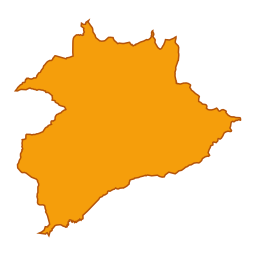 Chiconcuautla, Puebla, Mexico (orthographic projection)
{"feature_id": "50627088B56968228277870", "entity_name": "Chiconcuautla", "entity_type": "district", "adm_level": 2, "iso_a3": "MEX", "parent_name": "Mexico", "parent_adm1": "Puebla", "projection": "orthographic", "projection_center": [-97.965, 20.086], "detail": "fine", "context": "isolated", "style": "filled", "palette": "amber", "viewbox_px": 256, "rotation_deg": 0, "n_neighbors": 0, "source": "geoboundaries", "source_scale": "gbopen_adm2", "svg_char_len": 5649}
<svg xmlns="http://www.w3.org/2000/svg" viewBox="0 0 256 256"><path d="M240.6,120.0L240.4,118.2L239.9,117.7L235.8,117.5L234.0,116.9L231.9,116.9L230.3,116.5L228.1,115.1L226.2,112.9L225.8,112.2L226.2,111.5L225.9,110.9L223.7,109.8L223.1,109.6L221.6,109.9L219.7,111.2L218.6,110.7L217.4,108.8L216.6,108.1L214.0,109.3L211.6,109.9L209.5,109.9L207.9,109.5L206.4,108.2L206.9,106.8L206.7,105.6L206.0,104.8L205.3,104.5L202.5,104.1L200.8,102.5L198.7,101.4L198.7,98.9L199.3,96.4L198.4,95.5L195.4,93.5L193.2,91.4L191.4,90.1L190.5,88.3L189.8,87.6L190.0,86.6L190.5,85.8L190.5,85.0L190.0,84.5L188.1,83.4L186.4,83.0L183.6,83.1L180.1,84.1L178.6,83.7L177.5,83.7L176.4,83.4L176.6,82.3L176.1,82.0L176.2,80.8L175.8,80.0L175.0,76.1L175.1,73.0L174.9,72.4L175.8,69.5L175.7,67.3L177.5,62.3L177.6,61.3L178.3,60.6L178.8,55.2L178.7,53.6L178.4,52.6L178.7,47.4L178.5,46.8L178.2,45.9L175.8,43.4L175.3,42.6L175.3,41.1L176.0,38.1L176.0,36.8L174.5,37.6L173.9,38.2L169.5,40.0L165.5,39.6L165.0,41.6L163.6,45.0L162.7,46.2L161.7,48.2L160.5,49.1L159.8,49.1L157.8,47.5L154.9,42.5L155.2,40.0L155.0,39.4L152.9,36.6L153.8,34.7L153.6,33.2L152.8,32.0L152.8,30.7L152.1,31.2L151.6,32.4L151.5,33.0L151.9,34.5L151.4,35.2L151.3,36.8L150.2,38.4L148.8,39.5L147.6,39.8L146.6,39.6L143.6,41.1L140.7,42.0L138.9,42.9L138.0,43.5L135.7,44.3L135.7,44.8L135.4,45.0L134.7,45.0L133.1,45.9L131.9,44.5L131.4,44.9L130.3,43.7L129.7,42.4L129.4,42.3L124.0,43.5L122.3,43.5L119.2,43.1L117.7,43.6L115.1,41.1L114.5,40.8L113.5,39.1L113.1,37.6L110.4,37.3L108.5,37.4L105.3,40.4L104.2,40.9L101.7,41.2L99.7,40.8L96.0,37.8L95.4,36.5L95.1,35.2L92.9,31.8L92.7,29.1L92.4,28.0L91.2,26.2L90.6,25.6L89.0,23.1L88.1,22.3L88.8,20.3L85.9,22.4L85.9,23.2L85.4,24.3L83.1,24.4L82.2,23.6L81.5,23.2L81.2,25.6L81.2,26.2L83.9,28.3L83.6,29.2L83.8,31.0L84.3,31.9L84.2,32.4L83.2,33.6L83.1,34.0L83.5,34.8L83.0,35.2L82.4,35.4L80.2,34.7L79.5,35.3L78.2,34.7L77.3,35.0L76.4,34.9L74.2,36.8L73.4,38.3L73.0,40.6L72.9,43.1L72.8,52.5L73.1,56.0L69.4,57.4L66.7,57.9L66.1,58.8L55.6,55.8L54.8,55.9L53.3,58.0L52.9,58.3L52.7,59.2L51.8,60.2L51.3,60.5L49.6,60.5L47.4,61.7L45.6,63.7L45.2,64.4L43.7,65.9L43.0,68.2L41.5,70.0L40.3,72.3L38.8,72.9L36.9,75.5L37.1,75.8L36.2,77.6L35.9,77.9L33.5,78.0L33.3,78.4L31.3,79.1L29.3,78.7L28.0,78.1L27.6,78.6L26.6,78.4L26.2,79.4L25.6,79.5L25.2,81.4L24.9,82.2L24.3,82.5L23.2,82.4L22.8,82.6L22.4,83.0L22.1,84.1L20.4,84.9L17.7,87.6L17.1,88.7L15.4,90.8L17.6,90.9L19.5,89.9L21.1,89.4L26.1,89.7L28.9,88.3L30.1,88.0L31.2,88.7L33.0,88.9L34.1,89.4L35.7,89.5L36.3,90.1L37.4,90.1L38.2,89.6L40.0,89.6L41.0,90.0L43.0,90.2L44.6,91.0L45.5,91.1L45.6,91.9L45.9,92.4L47.3,92.5L47.9,92.3L49.5,93.4L52.3,95.8L52.1,96.6L52.5,98.2L52.1,100.1L54.4,100.5L55.0,100.8L55.2,101.9L55.6,102.4L58.2,103.7L58.9,104.9L60.3,105.6L64.5,106.8L65.9,109.4L65.7,109.7L64.2,110.1L62.0,111.6L61.3,112.5L60.4,113.1L59.2,113.3L58.5,113.9L56.7,114.6L55.5,116.3L55.2,117.1L55.0,119.8L53.3,121.0L51.8,120.9L51.2,121.3L51.0,122.3L51.0,123.5L51.5,124.3L48.1,125.6L48.0,126.4L47.6,126.8L46.5,127.1L45.3,128.0L42.9,131.7L39.4,133.2L37.7,133.8L36.8,133.8L35.1,134.5L33.2,134.5L31.9,134.9L30.3,134.4L26.6,134.3L26.1,134.7L25.9,135.7L25.8,138.7L23.9,139.5L23.0,139.4L22.1,139.8L22.5,140.6L22.0,143.2L22.3,145.4L21.9,146.6L22.5,148.1L22.7,149.0L22.0,149.6L21.8,150.0L22.1,150.8L20.5,153.9L20.5,156.3L20.8,156.7L20.8,157.3L20.4,158.6L19.4,160.2L18.6,162.9L17.5,164.6L17.7,167.9L20.9,171.7L22.1,172.6L24.5,172.5L26.2,173.1L31.5,177.2L36.1,179.0L37.6,180.5L37.5,181.3L38.7,183.9L38.6,185.6L37.9,186.9L37.9,192.7L37.4,193.3L37.1,195.3L37.4,196.0L37.0,196.4L37.0,196.8L37.7,199.1L37.5,202.8L38.3,204.3L39.9,204.9L42.8,204.8L44.0,205.2L44.8,206.0L45.1,208.2L46.0,210.8L45.6,211.9L46.6,213.6L47.6,216.0L49.4,222.8L49.6,224.5L48.2,225.7L47.6,226.9L45.3,226.7L44.2,230.0L41.5,232.1L39.1,233.1L45.6,234.0L46.4,233.0L47.2,232.7L48.9,235.7L50.1,231.5L50.7,231.5L51.0,231.3L51.1,230.8L52.0,230.5L52.2,229.4L52.0,228.9L53.3,227.9L53.4,227.4L54.1,226.9L54.8,225.8L56.3,225.1L59.9,224.7L61.2,224.9L63.1,226.1L65.2,226.7L65.5,227.1L66.0,226.9L66.7,227.1L66.8,226.6L67.2,226.4L66.9,225.4L67.3,224.8L68.2,225.1L68.5,224.7L68.5,223.8L68.1,223.5L68.2,222.0L69.2,221.4L69.1,220.6L69.3,220.1L70.0,219.8L71.3,220.3L71.2,221.2L72.2,222.2L72.8,221.8L72.5,221.3L72.9,220.8L73.3,221.5L74.4,221.7L74.6,222.6L75.1,222.4L75.4,221.6L76.4,222.3L77.4,221.3L77.3,221.0L78.2,220.9L78.4,220.1L79.3,219.8L79.6,220.1L79.9,219.1L81.1,220.2L81.6,219.4L82.8,218.9L83.0,218.4L82.9,215.3L87.1,211.4L98.7,199.4L99.8,197.5L102.3,196.5L103.0,195.7L103.3,195.1L104.7,195.0L106.8,193.7L107.4,193.0L107.7,191.6L108.3,191.0L110.0,191.2L113.0,189.5L114.5,189.1L115.6,188.0L117.1,188.9L118.6,188.9L119.8,188.2L123.2,187.9L123.3,188.0L124.4,187.5L126.8,186.1L129.2,183.9L129.1,182.9L129.8,181.0L129.7,180.6L130.2,179.9L130.7,179.7L134.1,178.8L134.4,178.2L138.7,177.5L139.8,176.9L143.1,176.1L145.5,175.3L146.0,175.8L147.4,175.0L151.6,175.8L157.5,175.2L159.4,176.4L162.1,177.1L164.2,176.9L165.3,174.8L168.8,172.2L175.2,173.8L177.0,172.5L178.8,170.9L181.6,170.3L184.6,168.1L185.6,167.1L186.7,166.9L187.9,166.2L189.2,165.1L191.2,164.8L194.1,163.1L196.8,162.7L198.7,162.9L199.5,162.6L201.6,160.6L202.3,158.8L203.0,158.2L205.4,156.7L208.0,156.1L208.6,156.3L209.6,155.3L208.1,152.7L209.2,149.4L210.1,147.8L210.7,145.8L212.9,144.9L212.8,142.5L213.8,142.0L216.2,142.6L217.8,140.8L217.9,139.4L218.2,138.6L218.9,138.6L220.0,139.1L221.3,138.2L222.8,135.9L224.0,133.2L225.0,132.4L225.8,131.9L227.9,131.2L229.8,131.5L230.8,131.5L231.3,131.2L231.5,130.5L229.9,128.0L230.6,126.2L231.0,123.2L231.4,122.0L232.8,121.3L233.8,121.8L234.2,121.7L236.1,120.2L236.9,120.5L238.7,119.7L240.4,120.2L240.6,120.0Z" fill="#f59e0b" stroke="#b45309" stroke-width="1.5"/></svg>